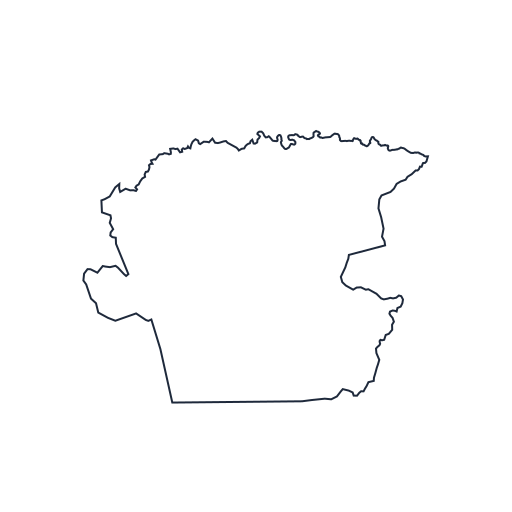 outline of Rafaï, Mbomou, Central African Republic, rotated 208°
{"feature_id": "33826404B37622790924059", "entity_name": "Rafaï", "entity_type": "district", "adm_level": 2, "iso_a3": "CAF", "parent_name": "Central African Republic", "parent_adm1": "Mbomou", "projection": "albers", "projection_center": [24.169, 5.748], "detail": "fine", "context": "isolated", "style": "outline", "palette": "slate", "viewbox_px": 512, "rotation_deg": 208, "n_neighbors": 0, "source": "geoboundaries", "source_scale": "gbopen_adm2", "svg_char_len": 6129}
<svg xmlns="http://www.w3.org/2000/svg" viewBox="0 0 512 512"><g transform="rotate(208 256 256)"><path d="M261.1,87.3L147.2,149.3L139.3,154.9L128.3,162.3L122.3,164.8L118.6,170.0L117.6,176.0L116.9,179.2L110.9,180.7L106.6,180.9L104.2,178.6L101.2,180.1L100.6,183.7L99.7,185.9L97.5,187.0L97.5,190.2L97.3,193.1L97.5,197.4L93.4,201.0L94.7,203.9L95.6,208.4L96.9,214.1L97.4,217.4L98.4,222.2L104.1,226.8L106.6,230.6L106.1,232.7L105.1,235.1L105.2,236.8L106.6,238.3L107.0,239.5L106.6,240.5L105.2,240.7L103.5,242.2L104.4,247.2L102.2,249.6L101.1,254.8L103.6,259.2L103.4,262.7L106.4,265.5L109.1,266.5L111.1,267.7L111.6,269.8L109.7,272.1L107.3,272.9L105.8,273.0L106.7,276.5L104.5,279.2L104.6,283.0L105.8,286.6L108.9,288.7L111.3,288.2L112.6,285.0L115.1,282.9L117.8,282.1L119.8,280.1L122.8,277.7L125.6,277.3L131.8,279.2L141.2,279.4L143.2,277.8L148.7,277.6L152.3,275.4L154.4,271.9L162.8,272.1L167.5,273.4L171.3,277.4L171.8,287.9L172.7,292.7L173.2,296.9L174.5,300.6L147.0,326.0L149.5,329.4L153.8,332.2L156.2,340.0L163.7,349.0L170.2,355.5L172.7,361.5L173.7,363.9L173.6,368.4L167.3,375.7L165.8,380.3L165.7,385.7L163.3,389.7L159.7,393.6L159.4,397.1L156.9,401.4L155.2,406.5L153.5,407.4L152.9,409.3L153.2,411.9L151.7,412.5L151.8,413.8L152.1,415.3L152.1,416.6L150.5,417.5L149.9,419.5L151.0,424.7L153.0,423.5L153.4,423.4L154.7,423.3L155.6,423.8L157.6,423.5L158.9,423.6L159.8,423.3L160.1,423.6L160.4,423.6L161.1,423.6L162.7,422.8L163.1,422.3L163.9,422.2L164.3,422.0L165.6,420.7L166.0,420.5L166.7,420.3L167.3,419.9L167.7,419.8L169.0,419.8L171.2,419.9L173.0,420.1L174.5,420.4L175.5,420.5L176.5,420.4L178.1,419.9L178.7,419.9L179.1,419.7L179.4,419.2L179.8,418.2L180.6,417.5L181.1,416.6L181.8,416.3L182.4,415.6L183.0,415.3L183.5,414.8L185.5,413.7L186.9,412.1L187.4,411.8L187.8,411.7L188.6,411.7L188.9,411.9L190.0,412.7L190.4,413.5L190.6,414.7L190.7,414.9L190.9,415.2L191.5,415.4L192.1,415.2L192.7,414.7L194.1,414.7L194.3,414.6L194.6,414.0L196.1,413.1L197.0,412.2L197.6,412.0L198.0,412.2L198.4,412.5L199.8,412.4L200.5,412.6L201.2,413.4L201.5,414.2L201.6,414.3L202.8,414.4L203.4,414.6L204.5,414.5L206.0,414.8L206.8,415.2L207.6,415.8L208.1,416.0L208.7,415.9L209.1,415.6L209.4,415.3L209.5,414.8L209.3,413.5L209.3,412.6L209.6,411.4L209.4,410.9L209.1,410.6L208.9,410.1L208.6,410.0L208.2,409.6L208.1,409.4L208.2,409.1L208.8,408.4L208.8,406.8L209.2,405.6L209.7,404.9L210.3,404.8L210.9,404.9L211.5,404.7L212.0,404.8L212.5,405.0L213.9,404.5L214.2,404.6L214.3,404.8L214.6,404.9L215.1,405.2L215.5,405.2L215.8,405.1L215.7,404.8L215.7,404.7L216.1,404.7L216.2,405.0L217.0,405.7L217.5,406.6L217.7,406.8L218.1,406.6L218.3,406.7L218.6,407.2L218.8,407.2L219.6,406.9L220.5,407.0L221.0,407.3L221.7,407.3L222.3,406.6L223.4,406.2L224.4,406.2L224.7,406.1L224.9,404.9L224.8,403.5L224.6,403.1L224.7,402.9L225.0,403.0L225.2,402.9L225.5,402.6L225.8,402.4L226.8,401.9L227.8,401.6L229.2,400.6L229.7,400.1L230.5,399.9L231.4,399.5L234.0,397.8L234.6,397.5L235.0,397.4L236.3,397.8L236.5,398.0L236.7,398.7L237.0,399.1L237.8,399.9L238.4,400.2L238.8,401.0L239.3,401.4L240.4,401.9L241.0,402.0L241.9,401.8L242.7,401.3L243.5,401.2L243.8,401.1L244.2,400.7L245.4,398.3L245.9,396.8L246.3,396.0L246.5,395.8L249.3,394.0L250.3,393.4L252.7,391.4L254.1,391.3L254.9,390.7L255.1,390.7L256.0,391.1L257.0,390.9L257.2,391.0L257.7,391.3L258.0,391.6L257.9,392.4L257.2,393.4L257.0,393.9L257.1,394.3L257.4,394.5L258.1,394.8L258.9,394.9L259.6,394.9L260.5,394.6L261.4,394.6L261.6,394.6L261.9,394.2L262.4,393.1L262.9,392.3L263.0,391.7L262.2,390.1L261.4,388.9L261.4,388.0L261.9,387.0L262.9,385.7L263.4,385.3L263.8,384.4L264.0,384.2L265.3,383.6L266.0,383.1L267.0,383.3L267.9,383.0L268.7,382.9L270.5,383.5L271.3,383.1L272.5,381.9L272.9,381.7L273.3,381.6L274.1,381.8L274.8,381.8L275.2,381.9L276.2,382.5L276.5,382.5L277.6,382.2L278.1,382.2L278.6,381.9L279.1,380.7L279.4,380.4L280.3,379.9L281.0,379.7L281.8,379.1L282.9,378.5L283.6,377.6L283.7,377.1L283.7,376.8L283.5,376.3L283.3,375.9L282.0,374.8L281.4,374.4L280.9,374.4L279.8,374.7L279.5,374.9L278.7,375.7L276.6,376.0L274.7,375.1L274.0,373.6L274.2,372.8L274.5,372.3L275.3,372.0L276.7,371.8L277.5,371.5L277.8,371.2L277.9,367.2L278.4,366.5L279.1,365.3L279.4,364.8L280.0,364.4L280.7,364.2L281.6,364.4L283.6,365.3L284.5,365.5L285.7,366.2L287.3,367.9L287.5,368.7L287.3,369.6L287.5,370.1L288.3,370.8L288.7,371.7L289.5,372.7L290.2,373.3L291.1,374.0L292.0,373.9L292.5,373.6L293.0,372.5L293.2,371.1L293.1,370.6L292.3,369.6L291.6,369.0L291.4,368.5L291.2,367.9L291.3,367.4L291.8,367.0L292.3,366.9L293.4,366.3L294.0,366.2L294.7,365.8L295.3,365.7L295.9,365.8L296.7,366.2L300.2,367.6L301.0,367.7L301.7,366.3L303.1,365.3L305.2,366.1L307.2,367.7L309.4,368.4L311.5,367.3L312.3,365.7L312.1,364.4L308.7,363.5L308.6,361.7L309.3,359.5L308.3,356.8L309.6,354.7L310.9,354.2L313.9,356.9L314.7,354.8L314.3,352.7L315.6,351.3L316.4,349.8L316.9,348.0L316.9,345.5L319.0,343.9L320.7,341.1L322.1,341.9L324.1,342.5L334.2,342.6L336.5,343.4L338.4,342.0L341.1,339.2L342.7,337.8L345.3,336.8L349.6,339.2L350.9,334.3L352.6,333.9L355.8,332.4L357.8,328.6L359.4,328.7L361.3,330.7L364.2,330.7L364.8,329.5L365.6,327.1L365.5,324.2L365.0,321.9L364.5,320.2L366.0,320.0L367.5,320.8L367.4,319.0L369.2,317.0L370.9,316.9L371.5,315.2L370.1,313.4L371.7,311.9L375.7,313.9L377.3,312.6L379.4,312.2L382.1,310.3L379.9,307.7L379.2,306.2L380.5,304.9L381.8,304.9L385.3,303.7L386.1,302.2L389.1,300.2L390.0,293.9L391.2,293.7L393.6,291.1L392.1,289.7L390.7,288.8L392.4,287.7L393.1,285.9L391.8,284.5L391.1,282.0L391.1,279.8L392.8,278.5L392.6,275.7L391.1,273.8L392.8,271.1L393.3,267.5L393.2,264.1L394.5,262.0L394.7,259.9L392.3,259.0L392.5,257.1L395.2,256.5L397.9,254.9L402.7,254.2L406.0,248.8L408.6,251.5L410.5,255.4L412.5,250.5L413.1,239.9L416.3,235.1L418.6,232.5L412.5,222.2L403.6,223.6L401.7,221.2L400.7,216.6L394.7,212.6L395.4,208.6L394.3,205.7L391.7,205.2L388.4,206.3L385.3,201.0L360.2,180.1L361.3,177.4L364.3,178.1L372.4,180.9L375.4,181.4L379.7,177.6L383.9,176.0L386.6,175.2L388.2,166.8L395.9,166.6L398.6,165.3L399.5,159.7L396.9,153.3L392.6,151.2L381.7,140.9L375.1,139.2L368.7,132.0L357.7,131.9L349.8,132.8L334.9,149.0L323.2,147.8L320.6,148.2L318.6,150.8L296.7,128.9L261.1,87.3Z" fill="none" stroke="#1e293b" stroke-width="2"/></g></svg>